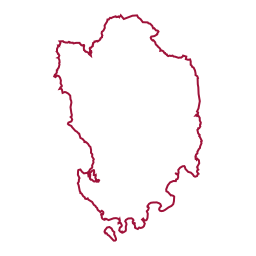 outline of South West Malekula, Malampa, Vanuatu
{"feature_id": "77236927B2761964185252", "entity_name": "South West Malekula", "entity_type": "district", "adm_level": 2, "iso_a3": "VUT", "parent_name": "Vanuatu", "parent_adm1": "Malampa", "projection": "robinson", "projection_center": [167.511, -16.429], "detail": "fine", "context": "isolated", "style": "outline", "palette": "rose", "viewbox_px": 256, "rotation_deg": 0, "n_neighbors": 0, "source": "geoboundaries", "source_scale": "gbopen_adm2", "svg_char_len": 5730}
<svg xmlns="http://www.w3.org/2000/svg" viewBox="0 0 256 256"><path d="M59.7,41.4L60.3,42.2L60.4,43.0L59.6,45.2L58.2,45.4L58.5,45.9L58.1,45.8L58.2,46.3L57.0,48.9L57.0,51.3L56.7,51.5L57.7,52.9L57.9,53.8L58.4,53.8L59.3,55.5L58.7,57.3L58.0,57.7L58.4,57.8L59.4,60.0L59.6,62.4L59.1,63.1L59.5,64.5L58.7,67.7L57.8,68.7L57.4,70.0L56.8,70.2L56.8,72.5L55.8,74.1L54.9,74.7L54.2,76.4L55.5,77.1L56.4,76.1L57.4,75.6L58.9,76.2L60.0,77.7L60.9,80.5L60.6,83.4L61.8,85.7L61.7,86.4L60.5,87.3L59.6,88.9L61.0,88.6L61.9,89.5L62.6,92.9L64.8,92.0L66.0,92.3L68.3,93.6L70.2,95.6L70.5,99.3L71.2,100.9L71.4,102.7L70.5,107.2L71.4,113.4L71.8,114.6L71.7,116.1L70.7,117.0L71.4,117.6L72.2,119.6L71.4,121.4L68.4,122.6L67.9,123.9L68.6,124.7L71.4,126.0L72.0,127.1L75.3,130.8L76.9,131.7L78.8,133.7L79.2,133.7L80.4,137.9L82.6,139.0L84.5,141.2L84.4,142.0L85.1,142.2L85.6,141.9L86.4,142.4L88.1,144.0L89.3,146.0L90.4,146.9L91.1,150.1L91.0,152.8L92.3,154.3L92.1,156.6L93.8,159.2L93.2,160.5L93.5,162.5L92.1,165.5L92.3,167.1L92.1,167.7L90.0,169.4L89.1,171.2L87.7,172.5L87.8,173.0L88.6,173.5L89.8,173.4L92.0,170.9L93.5,170.1L94.0,170.3L94.2,172.3L93.9,172.7L93.8,175.1L94.8,175.3L95.7,174.8L95.8,175.6L95.3,177.8L96.0,178.9L95.9,179.8L97.6,180.2L98.6,179.9L99.1,180.3L98.4,181.7L96.5,181.7L95.6,180.8L94.7,181.5L93.8,181.4L91.7,179.6L90.8,179.7L90.0,178.8L90.1,178.1L89.8,177.8L90.1,176.5L88.5,176.4L88.4,175.4L89.0,176.0L90.1,175.5L90.3,174.7L89.8,174.1L88.5,174.2L87.1,172.8L84.0,173.4L82.0,171.8L80.4,169.5L78.4,170.0L78.1,170.8L77.9,174.8L79.5,178.1L78.9,179.4L78.8,181.7L77.8,183.2L78.6,185.2L79.8,191.2L80.5,192.3L80.3,192.9L81.7,193.7L83.2,196.2L84.7,197.3L85.2,198.7L86.5,199.0L87.7,198.4L88.3,199.6L92.2,202.0L93.8,204.8L95.4,205.9L95.8,206.8L97.2,208.1L97.5,209.5L98.5,210.6L99.7,211.3L100.2,212.0L101.8,210.8L103.2,211.9L103.4,212.9L103.0,214.2L101.4,213.9L101.1,214.8L101.7,215.3L101.8,217.6L102.5,218.8L104.3,219.8L104.8,219.6L104.5,219.3L104.8,218.8L106.0,218.8L108.6,220.1L113.6,218.3L116.0,218.1L117.9,218.6L119.3,219.9L119.6,219.3L119.9,220.9L119.5,222.3L118.5,222.7L118.5,223.3L120.0,222.7L120.7,223.0L121.8,225.3L121.5,226.4L119.9,227.6L119.2,230.4L120.5,231.8L121.6,231.7L121.4,232.2L121.7,232.5L122.4,232.7L123.6,232.2L125.6,230.9L125.9,229.9L125.8,226.8L126.5,224.3L126.2,222.9L125.2,221.3L125.9,219.9L128.2,218.5L131.6,218.3L133.0,219.3L133.5,220.2L132.7,221.5L132.9,223.2L133.5,223.7L134.6,223.0L134.8,223.2L134.5,224.6L135.1,226.3L135.0,227.6L135.4,228.0L137.8,229.0L139.2,227.5L140.7,228.0L142.6,227.4L143.9,226.2L144.8,223.6L143.2,220.7L142.1,219.6L143.2,218.6L144.3,220.3L145.8,220.4L146.5,220.0L147.2,218.7L147.5,217.7L147.8,213.7L146.8,211.2L148.1,209.9L148.8,207.9L148.3,207.0L147.6,207.0L147.4,206.2L149.0,203.9L150.8,202.8L153.1,202.5L156.8,202.4L159.4,203.4L160.4,204.2L161.1,206.0L159.5,208.0L159.1,209.1L159.3,209.8L160.0,210.7L161.3,211.1L163.1,210.9L164.9,210.0L168.5,207.4L171.5,205.9L173.2,204.2L173.9,201.4L174.2,196.7L173.5,195.9L171.4,195.2L170.9,195.4L168.0,192.1L166.4,191.3L166.2,189.3L167.8,185.3L170.1,182.4L173.4,181.0L175.8,181.1L176.1,179.5L177.5,179.0L178.2,177.2L178.1,175.0L175.6,173.6L175.1,173.9L175.8,173.4L178.2,174.3L178.6,172.5L178.3,169.9L180.1,167.7L182.5,166.3L184.3,166.1L184.8,166.7L185.4,168.9L188.2,171.9L190.8,172.6L192.8,174.4L193.9,176.1L195.1,176.7L197.0,176.1L197.8,174.2L198.5,173.8L197.3,172.3L197.0,171.3L197.3,170.4L198.3,169.7L197.6,168.7L197.5,167.3L197.1,167.0L199.2,163.3L198.9,160.3L197.3,158.8L196.7,159.6L196.5,159.1L195.7,159.0L195.5,157.1L195.9,156.8L195.5,156.3L196.1,154.5L197.4,153.4L197.4,151.6L198.3,150.3L198.5,149.5L200.0,147.9L200.1,146.5L201.5,143.2L201.1,141.5L201.8,140.9L199.6,136.4L199.2,136.1L199.7,135.0L198.2,133.4L197.4,129.9L198.1,129.2L198.2,128.3L199.2,128.2L200.3,126.5L200.0,125.4L200.1,124.4L200.5,124.2L200.8,122.6L199.8,120.6L199.7,117.8L198.3,115.6L197.1,116.1L196.3,115.4L195.7,115.5L196.4,114.6L197.8,114.2L198.1,112.5L197.0,111.6L198.5,108.4L199.8,101.2L198.6,94.0L198.3,87.2L197.8,84.3L197.6,78.6L198.0,78.2L197.3,76.3L195.5,75.0L195.6,73.6L195.0,70.5L193.6,67.6L192.1,66.8L191.6,65.5L190.7,64.8L190.7,61.4L190.1,59.4L188.1,59.8L185.8,59.1L186.3,56.6L183.1,55.6L182.7,56.5L181.0,57.7L180.1,57.5L178.5,57.8L174.9,56.6L173.5,56.5L172.6,55.6L171.0,56.0L169.7,55.6L168.2,56.1L166.9,55.1L166.9,54.5L165.4,53.9L165.1,53.0L164.2,52.8L163.4,51.3L161.8,50.5L160.3,50.8L160.5,49.4L159.5,48.0L157.6,46.4L157.4,45.7L156.4,45.1L155.6,44.0L155.2,42.3L153.4,40.2L152.6,40.5L151.3,39.2L150.7,37.7L151.3,36.6L154.4,36.1L157.2,34.4L157.1,33.8L158.5,31.6L158.2,31.1L157.6,30.6L156.0,30.4L154.2,28.2L153.2,28.4L152.2,25.8L150.1,23.7L148.4,23.3L147.7,22.4L142.8,22.2L140.6,19.2L138.1,17.4L137.1,15.4L132.5,15.7L123.8,19.0L120.8,15.4L120.6,15.9L119.5,16.6L119.3,17.2L118.3,16.5L118.0,16.9L116.3,17.1L115.7,16.3L112.4,17.4L111.3,18.1L110.1,17.8L108.7,19.5L107.5,19.5L107.1,21.5L104.6,25.5L104.8,27.9L103.4,30.6L101.9,31.8L101.6,33.6L102.4,35.5L101.9,36.4L102.0,37.2L100.3,38.5L100.3,39.3L99.7,40.0L97.9,41.3L97.4,41.5L97.0,40.9L94.6,41.5L94.7,42.0L93.0,43.1L93.1,44.4L92.6,45.1L92.9,45.9L92.6,46.3L91.7,46.8L91.1,47.7L90.1,47.7L89.7,48.3L90.2,50.5L89.9,51.5L90.1,51.9L91.2,51.3L91.4,52.5L90.6,53.9L90.9,55.7L88.9,54.0L88.6,52.9L86.4,51.7L85.8,51.8L85.0,51.2L84.8,50.5L84.0,50.1L83.8,47.8L84.2,45.7L83.9,45.0L83.2,45.0L82.3,45.6L81.1,45.0L80.7,44.3L79.8,43.6L79.6,42.9L75.9,42.9L73.4,43.4L72.8,42.7L70.9,42.8L69.8,42.2L69.6,42.5L68.8,41.9L67.7,42.6L65.6,42.5L63.6,41.9L63.0,41.2L59.7,41.4ZM105.9,233.1L106.8,233.4L107.6,234.8L109.1,235.7L113.7,240.6L115.1,240.6L116.0,239.8L116.0,238.7L114.8,235.5L114.2,234.7L114.3,232.1L112.7,230.8L111.6,228.5L109.4,227.0L107.1,227.5L104.9,230.3L104.5,231.8L104.9,232.5L105.0,232.1L105.9,233.1Z" fill="none" stroke="#9f1239" stroke-width="2"/></svg>